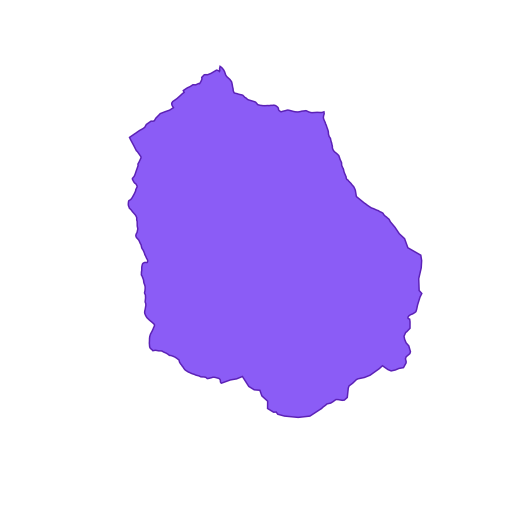 Ceru-Bacainti, Alba, Romania, rotated 144°
{"feature_id": "2599482B65582227773897", "entity_name": "Ceru-Bacainti", "entity_type": "district", "adm_level": 2, "iso_a3": "ROU", "parent_name": "Romania", "parent_adm1": "Alba", "projection": "robinson", "projection_center": [23.275, 46.006], "detail": "fine", "context": "isolated", "style": "filled", "palette": "violet", "viewbox_px": 512, "rotation_deg": 144, "n_neighbors": 0, "source": "geoboundaries", "source_scale": "gbopen_adm2", "svg_char_len": 6137}
<svg xmlns="http://www.w3.org/2000/svg" viewBox="0 0 512 512"><g transform="rotate(144 256 256)"><path d="M326.3,375.5L326.8,375.2L327.4,374.7L328.8,373.1L329.3,372.3L329.6,371.7L329.9,370.6L330.1,369.6L330.3,369.4L330.1,367.8L329.9,366.7L329.9,365.3L329.9,364.3L329.8,363.8L329.5,360.3L329.5,359.5L329.9,357.3L330.2,356.8L331.3,355.3L331.9,353.7L334.5,350.0L335.3,348.2L335.6,347.6L336.0,347.1L337.5,345.8L338.4,344.9L339.5,344.5L340.8,343.6L341.1,343.3L341.5,342.6L341.9,341.1L341.7,340.2L341.5,337.6L342.3,333.9L342.3,332.9L343.4,330.4L343.7,329.6L343.8,328.8L343.9,326.9L344.3,325.0L344.8,323.2L345.1,322.6L345.2,322.2L345.2,321.5L345.9,318.3L346.0,316.8L346.2,316.3L346.5,315.7L347.0,315.2L347.4,314.9L347.8,314.7L348.1,314.8L348.5,315.1L349.1,315.7L349.8,316.2L350.6,316.4L351.5,316.5L352.2,316.4L352.6,316.2L353.5,315.5L354.5,314.6L355.3,313.7L356.4,312.2L357.1,311.3L358.2,310.3L358.8,309.4L359.6,308.5L359.9,307.9L360.0,306.6L361.0,303.0L361.6,301.7L362.0,301.2L362.6,299.8L363.1,297.9L363.7,296.4L364.5,295.2L366.4,293.0L367.7,291.9L368.0,291.4L368.2,290.7L368.2,290.1L368.3,289.6L368.6,289.1L370.0,287.0L372.7,284.0L373.2,282.2L374.3,280.6L375.5,279.5L376.9,278.1L378.3,276.9L379.2,275.9L379.7,275.0L380.1,273.6L380.4,271.8L380.5,270.2L379.9,266.8L379.0,263.3L378.6,261.3L378.5,260.3L378.8,259.7L379.6,258.9L380.7,258.4L382.2,257.4L384.0,256.4L387.3,254.8L389.3,253.3L390.6,251.9L392.2,249.8L393.5,248.2L394.1,247.2L395.1,245.6L395.4,245.0L395.7,244.1L395.7,243.5L395.6,242.6L395.1,240.6L395.1,240.0L393.0,239.0L392.5,238.6L390.5,236.5L388.4,234.9L387.8,234.1L387.3,232.8L385.7,230.1L385.0,228.4L384.6,226.9L384.3,226.3L383.3,225.5L382.8,224.8L382.0,223.6L380.9,221.7L380.2,219.8L379.4,217.0L379.9,216.0L380.3,214.8L380.4,212.8L380.3,211.9L380.3,211.3L380.4,210.7L380.3,208.9L380.4,207.6L380.4,206.1L380.2,205.1L379.0,202.0L378.1,200.6L377.8,199.9L376.8,198.2L375.4,196.4L375.0,195.5L374.6,194.9L372.6,192.5L371.6,190.6L369.4,188.9L368.2,187.7L367.8,187.0L367.5,185.5L366.9,185.1L365.5,184.5L363.5,183.7L362.2,183.3L361.3,182.7L360.4,181.8L358.4,179.3L357.9,178.6L357.7,177.6L357.7,176.8L358.0,176.3L358.8,175.0L358.9,174.0L358.8,173.5L357.9,173.2L349.6,170.8L343.9,168.0L337.8,166.5L338.5,154.7L336.1,148.8L331.8,145.1L333.5,139.4L331.9,131.7L336.3,125.8L333.6,119.3L331.4,117.9L331.4,115.2L327.1,109.8L316.7,100.6L306.5,94.8L292.5,94.1L290.3,94.4L287.4,94.4L285.5,94.6L282.0,93.1L279.3,92.9L275.7,92.9L273.9,91.5L271.0,88.5L269.2,87.5L265.3,87.9L258.9,95.0L257.1,96.2L252.3,96.3L247.4,97.0L245.7,96.7L239.7,94.0L233.8,92.5L222.5,92.4L218.2,92.9L216.0,86.5L214.2,83.6L210.3,81.9L206.4,81.0L202.3,79.0L197.4,81.3L196.5,82.5L195.5,85.0L193.8,86.2L188.9,86.6L187.3,87.8L185.2,93.5L185.6,97.6L184.7,101.3L183.4,104.1L179.8,106.2L178.8,106.1L173.9,107.0L170.1,112.2L168.8,114.6L168.9,114.8L169.6,115.8L169.5,116.5L169.0,117.2L167.7,117.7L165.5,117.7L163.4,117.1L160.8,116.9L159.3,117.0L157.3,118.5L154.1,121.4L147.4,126.4L143.9,128.2L144.3,132.2L137.7,142.0L129.3,149.3L124.7,154.9L122.2,159.8L128.3,173.4L125.6,182.7L127.0,189.8L126.7,197.6L127.2,204.6L126.8,207.3L126.9,208.2L127.3,209.4L127.5,210.7L128.1,212.5L128.3,213.8L128.3,214.8L128.2,215.3L128.2,216.2L129.1,218.1L129.5,218.6L130.0,219.7L130.3,220.7L131.4,222.2L133.0,225.1L134.4,227.1L135.9,231.1L136.4,232.7L136.7,234.0L137.1,234.7L139.8,244.9L139.8,245.2L137.6,249.6L137.0,250.8L136.6,252.4L136.2,254.7L136.5,257.3L136.5,258.7L136.6,259.7L136.8,260.5L136.8,261.2L137.0,261.9L137.0,263.3L137.2,263.9L137.4,264.2L137.5,264.7L137.2,266.1L136.6,267.0L136.3,268.4L136.0,269.5L135.8,270.7L135.3,272.3L135.1,273.0L134.5,274.1L134.3,274.9L134.1,275.3L134.0,276.4L133.5,278.6L133.3,279.1L132.8,279.9L132.0,281.1L131.8,281.8L131.2,284.8L130.9,285.6L130.2,287.9L130.0,288.6L130.1,289.3L130.3,290.6L130.7,292.3L131.1,293.6L131.3,294.6L131.3,295.6L131.2,296.9L130.6,298.7L129.9,299.6L129.3,300.8L128.9,302.0L128.4,302.8L128.1,304.0L127.1,306.5L126.7,307.2L126.6,308.0L126.6,309.7L126.1,310.8L125.9,311.7L124.5,313.9L124.1,314.8L123.5,316.6L122.8,319.1L122.2,320.7L122.2,321.6L121.6,323.1L121.1,325.6L120.8,326.8L120.5,327.6L120.2,328.3L119.3,329.3L118.7,329.9L117.7,330.6L117.1,331.2L116.3,332.7L118.2,333.3L119.5,334.2L122.1,336.3L126.4,339.0L127.2,339.7L128.1,340.8L128.9,342.0L129.9,343.9L130.3,344.3L131.8,345.1L133.9,346.3L135.0,346.7L136.9,347.6L137.6,348.0L139.4,349.5L140.6,350.8L143.1,353.9L144.0,354.9L144.8,355.6L147.0,356.4L149.4,357.4L150.4,357.7L151.0,358.0L151.3,358.5L151.8,360.1L151.8,360.7L151.6,361.7L151.2,362.1L151.0,362.6L151.0,363.7L151.5,365.5L151.8,366.2L152.4,367.0L153.1,367.7L153.9,368.0L154.2,368.3L155.7,369.3L157.3,370.1L157.7,370.6L158.3,371.0L160.4,372.3L162.2,373.7L163.1,374.6L164.0,375.4L165.4,377.1L165.7,377.6L165.7,378.8L165.9,380.7L166.5,381.7L170.2,386.6L170.8,387.6L171.2,389.7L171.8,390.9L172.0,392.4L172.1,393.1L172.2,393.8L172.8,394.7L173.9,395.9L175.0,397.2L175.9,398.5L177.4,400.2L177.7,400.6L177.7,401.5L177.4,402.5L177.3,403.1L176.3,404.7L175.6,406.4L174.4,408.8L173.4,411.1L173.3,412.4L173.4,413.1L173.3,413.9L173.7,415.9L174.1,417.7L174.2,418.6L174.2,419.9L174.0,420.7L173.7,421.6L173.1,423.6L172.8,425.6L172.9,427.9L173.1,428.9L173.6,430.5L175.4,428.9L175.8,428.1L176.1,427.5L176.7,427.0L177.2,426.8L177.3,427.8L177.9,428.7L178.4,429.3L178.8,429.6L185.1,430.2L188.6,431.1L190.6,432.6L191.3,433.0L191.6,433.0L194.9,432.4L195.3,431.6L195.9,430.8L198.1,429.5L200.4,428.6L201.1,429.3L204.2,429.9L206.3,431.6L209.8,431.8L212.6,432.4L214.6,432.5L217.6,432.6L218.0,430.6L220.1,430.6L223.4,430.2L227.5,429.8L232.6,429.9L234.3,429.2L235.0,428.2L235.4,427.0L235.6,424.5L240.2,424.8L244.5,426.1L249.8,427.5L251.2,427.2L256.0,426.4L258.7,425.2L260.2,425.6L261.1,426.4L261.7,426.8L267.4,426.9L270.4,425.5L272.6,425.5L276.5,426.0L288.6,426.3L289.1,423.8L290.0,417.1L290.9,411.5L290.6,410.2L290.7,404.4L290.9,403.6L291.5,402.9L295.5,400.7L297.3,399.9L297.6,399.6L298.3,398.4L303.1,395.1L305.9,393.1L307.8,392.0L310.4,391.4L310.9,390.6L311.3,387.8L311.3,386.3L310.9,385.5L310.8,384.6L311.0,382.8L311.5,381.8L314.2,380.4L315.3,379.3L318.2,377.7L322.1,375.9L324.2,375.3L326.3,375.5Z" fill="#8b5cf6" stroke="#5b21b6" stroke-width="1.5"/></g></svg>